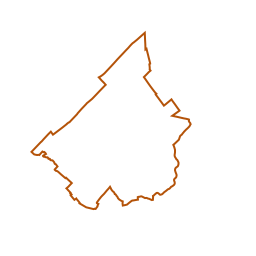 Nga Bay, Hau Giang, Vietnam, rotated 212°
{"feature_id": "81297802B83257848753409", "entity_name": "Nga Bay", "entity_type": "district", "adm_level": 2, "iso_a3": "VNM", "parent_name": "Vietnam", "parent_adm1": "Hau Giang", "projection": "albers", "projection_center": [105.814, 9.824], "detail": "fine", "context": "isolated", "style": "outline", "palette": "amber", "viewbox_px": 256, "rotation_deg": 212, "n_neighbors": 0, "source": "geoboundaries", "source_scale": "gbopen_adm2", "svg_char_len": 4995}
<svg xmlns="http://www.w3.org/2000/svg" viewBox="0 0 256 256"><g transform="rotate(212 128 128)"><path d="M81.6,72.5L82.5,73.7L83.1,74.6L82.8,75.0L82.6,75.2L81.8,75.8L81.1,76.6L80.5,77.1L79.7,77.3L78.6,77.4L76.4,77.6L76.1,77.9L75.1,78.6L73.9,78.7L73.4,78.8L72.9,79.1L72.1,79.2L71.5,79.3L69.6,79.5L68.8,80.3L69.2,80.9L70.0,82.5L70.8,83.6L70.5,84.0L70.4,84.5L70.1,85.7L69.9,86.4L69.7,86.9L69.5,87.7L69.3,88.1L69.0,88.4L68.6,88.6L68.2,88.7L67.6,88.7L66.7,88.6L65.9,88.4L65.5,88.4L65.0,88.7L64.6,89.2L64.2,89.6L63.9,90.2L63.6,91.3L63.4,92.3L63.3,92.7L62.3,95.2L61.8,96.8L61.5,97.4L61.0,98.0L60.7,98.5L60.5,99.4L60.3,100.5L60.3,100.9L60.1,101.3L59.5,102.2L59.2,103.1L59.0,103.7L58.8,104.2L58.8,104.9L58.9,105.5L59.2,106.1L59.9,107.0L60.8,107.6L61.4,108.3L61.6,108.8L61.6,109.7L61.4,110.2L61.3,110.7L61.1,111.3L61.1,111.9L61.2,112.3L61.6,113.4L62.0,114.0L62.7,114.6L64.2,115.7L65.0,116.4L65.5,116.8L66.0,117.5L66.3,118.2L66.4,119.0L66.4,119.6L66.2,120.1L65.9,120.9L65.6,121.6L65.5,121.9L65.6,122.8L65.8,123.4L66.1,124.3L66.9,125.5L67.9,126.2L68.6,126.6L69.1,126.9L69.6,127.1L70.0,127.1L70.4,127.1L70.6,127.2L71.0,127.5L71.4,127.7L71.8,127.9L72.5,128.2L73.4,128.8L73.9,129.4L74.4,130.3L75.1,132.0L76.0,133.5L76.5,134.3L76.9,134.7L78.2,135.9L79.7,137.1L80.2,137.6L80.6,137.7L80.5,138.2L80.1,139.4L79.9,140.2L79.3,142.5L78.8,144.5L78.7,144.8L78.7,145.1L78.8,145.7L79.2,147.3L79.4,148.3L79.5,148.7L79.5,148.9L79.5,149.1L79.3,149.7L79.1,150.3L78.9,150.9L78.8,151.1L78.8,151.3L78.8,151.9L78.8,152.1L78.8,152.4L78.6,153.3L78.5,154.3L78.5,154.6L78.1,156.3L78.0,157.0L77.8,157.7L77.3,159.4L77.1,160.4L77.0,160.9L76.9,161.3L76.8,161.6L76.8,161.9L76.8,162.8L76.9,163.4L76.9,163.9L76.9,164.4L77.9,165.2L78.4,165.3L78.7,165.4L79.7,165.9L80.1,166.2L80.2,166.4L80.6,167.3L80.9,167.5L83.9,166.5L85.6,165.8L92.5,163.4L96.9,161.8L93.5,170.0L97.0,171.4L98.9,172.2L100.3,172.8L101.3,173.2L102.3,173.6L104.6,174.5L106.3,175.3L107.2,172.5L107.6,171.3L108.1,169.8L108.5,168.5L109.4,166.0L113.4,167.6L115.2,168.3L118.7,169.7L122.1,171.0L122.4,171.2L122.1,172.1L122.5,172.2L123.3,172.3L126.1,173.3L130.0,174.8L131.3,175.3L135.1,176.9L138.8,178.5L141.5,179.6L140.8,182.6L140.3,184.9L140.1,186.1L139.3,188.6L140.0,188.9L140.7,189.2L140.8,189.4L140.9,189.6L141.2,190.2L141.8,191.0L142.3,191.7L143.7,193.4L143.3,194.3L143.7,194.8L147.8,198.7L149.4,200.3L151.2,202.0L154.3,205.0L154.8,203.8L156.5,206.4L157.7,208.2L160.3,211.9L161.4,213.5L164.2,217.6L165.3,213.9L167.1,207.7L168.6,203.3L169.0,202.5L169.4,200.8L169.8,198.7L170.2,196.1L171.0,192.4L171.6,189.3L172.6,184.4L173.4,180.4L173.8,178.0L174.3,175.2L175.1,171.0L176.9,161.9L177.7,159.4L178.7,157.1L179.6,155.5L178.5,155.2L175.5,154.3L172.4,153.6L169.8,152.8L170.2,151.2L170.8,148.4L171.7,144.2L172.6,139.7L173.5,135.4L173.9,133.6L174.8,130.8L175.3,129.3L176.1,127.0L176.1,126.4L177.5,119.6L178.5,113.7L178.5,112.7L180.6,102.5L180.7,101.8L180.9,101.6L181.3,101.2L181.9,99.4L182.0,99.3L182.0,99.0L182.1,98.9L182.1,98.5L182.2,98.3L183.2,95.5L183.8,93.8L187.5,84.1L188.1,82.6L191.5,84.0L192.3,80.6L193.7,73.4L193.9,72.0L194.2,70.4L194.4,70.1L195.4,65.3L197.2,56.6L193.7,55.9L192.9,56.1L190.8,56.9L189.7,57.8L189.3,58.0L188.9,58.1L188.1,62.7L186.5,62.8L186.2,63.3L185.7,63.2L185.0,63.1L184.6,62.9L184.0,62.6L183.8,62.5L185.3,59.5L185.2,59.2L184.9,59.1L184.6,59.0L184.3,59.0L183.9,59.2L183.6,59.4L183.1,59.5L182.5,59.6L181.7,59.8L181.1,60.2L180.7,60.5L180.2,60.4L179.7,60.0L179.4,59.8L179.1,59.7L178.8,59.9L178.4,60.3L178.0,60.4L177.6,60.3L177.3,60.0L176.9,59.7L176.6,59.7L176.3,59.8L175.7,60.1L175.0,60.5L174.6,60.5L174.3,60.4L173.5,60.2L173.0,60.0L172.6,59.9L172.3,59.8L172.1,59.5L171.8,59.3L171.1,58.8L170.8,58.9L170.4,59.0L170.0,59.0L167.4,58.0L167.9,55.4L168.2,54.0L168.1,53.8L167.8,53.7L167.0,53.6L166.6,53.5L166.4,53.5L166.1,53.6L165.8,53.8L165.2,53.9L164.5,53.9L163.6,53.8L160.4,53.2L154.5,52.3L154.2,53.0L151.2,52.4L148.5,51.9L148.3,51.9L146.5,51.5L147.2,48.1L147.4,46.9L148.2,44.2L147.6,44.1L146.4,43.7L142.5,42.7L142.6,42.1L142.1,41.8L141.9,42.1L140.6,41.7L140.9,40.5L135.4,38.7L134.5,40.8L134.0,40.5L131.7,39.8L130.0,39.2L128.8,38.7L128.9,38.4L125.5,38.5L121.4,38.6L114.2,41.0L113.7,41.6L113.6,41.8L112.8,42.0L112.7,42.1L112.5,42.4L112.5,43.5L112.4,44.4L112.3,45.1L112.4,45.6L112.7,46.1L112.9,47.9L113.6,47.8L114.2,47.8L114.6,47.8L114.8,48.0L114.9,48.9L114.8,50.1L114.7,51.5L114.6,52.6L114.4,54.5L114.3,55.4L114.0,56.9L113.4,59.5L112.8,64.0L112.4,66.1L112.2,67.6L112.1,68.6L111.6,68.3L110.7,67.8L110.0,67.3L109.6,67.1L109.3,66.9L108.7,66.7L107.9,66.4L107.2,66.2L106.5,66.2L106.0,66.1L105.7,66.0L105.3,65.8L105.0,65.6L104.6,65.2L104.3,65.0L104.2,65.1L103.8,65.2L103.3,65.1L102.8,64.9L102.3,64.7L101.9,64.4L101.4,64.3L101.0,64.2L100.6,64.1L100.4,63.9L99.9,63.6L99.5,63.3L99.1,63.1L98.6,63.0L98.3,62.9L97.9,62.8L97.4,62.7L96.2,62.7L95.2,62.7L94.5,62.8L93.9,62.9L93.6,63.0L93.4,62.7L92.9,61.6L92.6,61.1L92.4,60.8L91.8,60.1L91.3,59.5L89.2,61.5L88.2,62.6L87.5,64.9L86.2,68.4L85.5,69.1L85.4,69.1L82.2,72.0L81.6,72.5Z" fill="none" stroke="#b45309" stroke-width="2"/></g></svg>